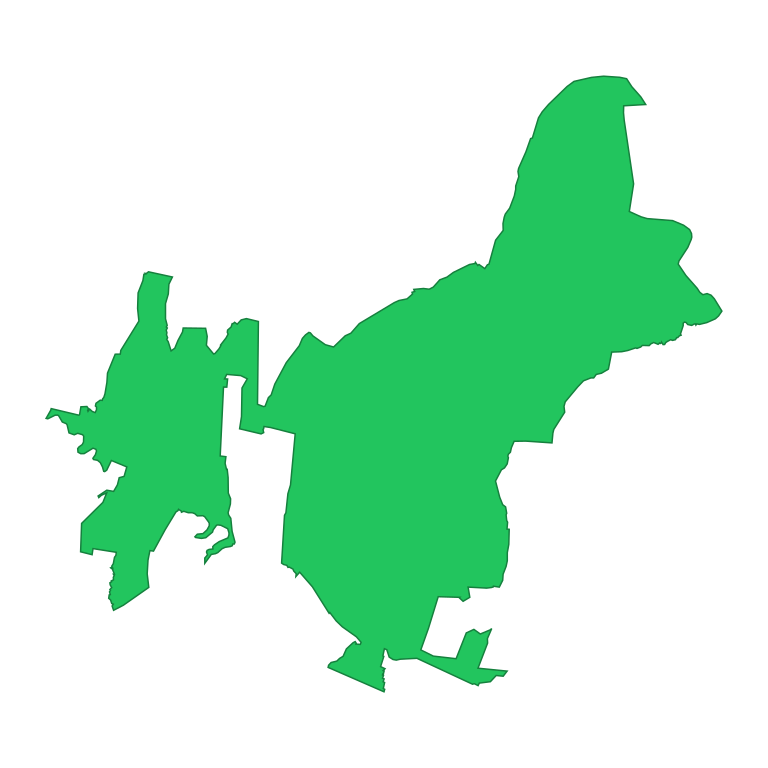 Temoaya, México, Mexico
{"feature_id": "50627088B51364435398439", "entity_name": "Temoaya", "entity_type": "district", "adm_level": 2, "iso_a3": "MEX", "parent_name": "Mexico", "parent_adm1": "México", "projection": "natural_earth1", "projection_center": [-99.618, 19.489], "detail": "fine", "context": "isolated", "style": "filled", "palette": "green", "viewbox_px": 768, "rotation_deg": 0, "n_neighbors": 0, "source": "geoboundaries", "source_scale": "gbopen_adm2", "svg_char_len": 6075}
<svg xmlns="http://www.w3.org/2000/svg" viewBox="0 0 768 768"><path d="M113.6,610.3L123.4,605.2L148.8,587.4L147.2,573.8L148.0,560.2L149.9,550.6L153.5,551.1L165.1,529.8L175.9,512.0L178.0,510.6L178.5,509.3L181.4,511.2L181.5,512.2L183.8,511.3L188.2,512.7L192.2,512.7L194.7,513.6L197.3,515.9L202.9,515.7L204.7,516.7L208.6,522.0L209.3,523.4L209.2,525.9L207.0,529.9L203.0,533.6L197.3,534.2L194.9,536.8L195.6,537.5L201.4,538.4L205.8,537.7L212.5,532.1L213.2,529.8L216.5,525.3L217.7,524.9L220.9,525.3L227.7,528.7L229.0,532.9L228.9,535.2L227.9,537.9L219.2,541.6L214.5,544.8L212.8,546.6L212.9,549.0L209.1,549.4L207.1,550.4L206.5,552.0L207.5,554.9L204.8,558.0L204.8,563.3L211.3,554.4L215.4,553.7L217.8,552.6L222.1,548.7L225.2,547.3L230.5,546.5L232.3,545.7L232.8,544.0L234.3,544.0L235.0,542.2L232.1,531.3L230.8,518.3L228.7,515.1L228.1,512.7L230.4,504.0L230.6,498.8L228.3,493.1L228.1,477.5L227.2,469.3L226.5,469.4L225.1,463.3L225.9,456.7L220.2,456.0L223.5,387.1L226.8,387.1L227.6,379.0L224.5,378.9L226.7,374.4L240.8,375.6L247.3,378.8L242.0,388.0L241.5,416.6L239.6,428.8L261.1,433.9L263.7,432.6L263.0,429.4L263.6,428.9L264.0,426.5L270.5,427.5L295.2,433.8L290.5,485.0L287.9,493.7L285.9,512.8L284.5,515.3L281.6,563.1L283.6,564.5L286.8,565.3L288.0,567.4L289.2,567.1L293.0,569.1L293.7,571.0L296.2,573.7L295.9,576.5L299.7,572.2L312.4,586.8L329.1,613.3L329.8,612.5L336.2,620.9L342.3,626.8L356.4,636.8L361.1,642.3L360.3,644.4L355.9,644.1L356.2,643.2L355.2,641.6L353.1,642.7L346.4,648.9L343.1,656.3L339.6,658.4L336.8,661.1L331.1,662.5L328.6,665.2L328.1,667.4L384.0,691.8L384.7,689.3L383.3,688.5L384.6,682.5L383.1,681.8L384.1,678.9L382.5,678.2L383.5,675.4L382.5,675.1L382.7,674.1L383.3,674.3L384.1,671.0L383.1,670.6L385.0,668.7L380.6,666.6L383.8,656.4L382.9,655.9L384.4,648.7L386.8,649.7L389.2,657.1L393.0,659.5L396.3,660.1L400.3,659.2L416.9,658.3L472.5,684.2L474.3,683.7L478.1,685.6L479.3,683.1L490.4,681.7L496.2,675.5L503.2,676.2L507.1,671.1L478.0,668.2L487.6,643.1L487.4,638.6L491.7,628.6L490.1,629.9L480.3,634.0L473.9,629.4L466.3,632.9L456.1,658.7L433.3,656.1L420.8,649.9L428.5,628.2L438.2,596.7L459.5,597.3L459.1,597.6L463.1,601.3L469.8,597.3L468.1,587.1L486.6,588.1L491.5,587.5L493.3,586.9L493.4,586.2L499.3,587.1L502.7,580.3L503.1,574.2L506.1,566.4L507.3,560.7L507.3,552.6L508.8,544.4L509.2,529.3L507.0,529.1L507.6,522.2L506.7,520.5L506.1,514.8L506.7,513.3L505.6,506.9L502.7,504.7L499.7,497.2L495.5,481.0L501.4,469.8L504.5,467.9L507.2,463.9L508.4,457.7L507.8,456.1L508.4,454.2L510.4,452.2L511.4,447.7L514.1,441.3L525.6,441.1L552.0,442.9L552.9,433.1L553.8,429.4L564.7,412.2L564.0,406.4L565.2,401.9L577.7,386.9L583.5,380.8L590.9,377.9L593.7,377.9L596.3,374.4L601.5,373.2L608.4,369.1L611.7,352.1L621.8,351.7L627.8,350.5L635.6,347.9L637.0,348.4L640.7,347.0L642.4,345.4L649.2,345.6L650.8,343.9L653.7,342.5L658.1,344.3L659.7,342.9L660.2,343.5L661.5,342.9L661.6,342.3L663.1,344.6L664.6,344.5L665.8,342.5L667.5,341.4L670.7,339.7L672.5,340.4L675.4,339.7L676.7,337.6L677.7,337.6L679.4,335.8L681.1,335.2L680.5,333.9L683.2,325.6L683.2,323.1L684.5,322.1L686.1,322.5L687.7,324.5L691.7,325.4L694.3,324.0L695.4,323.9L695.9,325.1L696.7,323.9L699.4,324.4L706.8,322.6L715.4,318.8L718.6,315.9L721.9,311.1L714.4,298.9L711.1,295.2L707.1,293.6L702.9,294.7L699.8,292.3L697.1,288.2L685.9,275.5L678.2,264.1L679.0,260.9L687.8,247.4L691.2,239.5L691.8,237.1L691.5,233.5L689.6,229.6L683.6,225.2L672.6,220.6L647.2,218.6L641.0,216.8L629.3,211.5L633.6,183.9L624.2,120.2L623.5,112.7L623.7,105.8L645.7,104.5L640.9,97.0L631.8,86.7L626.6,78.7L619.8,77.3L603.6,76.2L591.5,77.4L574.0,81.4L567.1,86.5L548.6,104.4L542.3,111.7L538.5,117.8L532.4,138.0L530.6,138.6L525.9,151.9L518.6,168.4L518.0,171.5L518.8,176.6L515.7,186.0L515.7,189.4L514.3,196.0L509.7,208.1L505.3,214.1L504.2,217.3L503.0,223.6L503.2,230.4L495.6,240.2L489.0,264.1L487.4,264.8L484.8,268.6L479.0,264.5L477.8,265.5L475.4,262.3L475.0,263.5L469.5,264.5L453.4,272.4L447.0,277.1L439.8,279.8L433.3,287.1L429.2,289.2L423.5,288.5L413.8,289.4L414.7,291.5L412.0,292.3L412.5,294.1L407.0,298.9L399.0,300.5L394.3,302.6L359.3,323.6L350.9,333.2L345.2,335.8L333.6,347.0L325.3,344.7L312.9,335.9L310.4,332.9L308.9,332.4L305.5,334.9L302.4,338.4L299.3,345.7L286.3,362.6L274.8,384.1L271.2,394.9L268.4,397.6L265.1,406.2L263.6,406.6L257.5,404.3L258.4,321.5L246.4,318.6L241.2,319.9L237.2,324.2L234.6,322.3L233.2,323.6L232.2,323.6L231.1,327.0L227.6,330.1L227.3,332.3L228.1,334.1L226.0,338.0L220.5,345.1L220.9,345.6L219.0,348.8L215.0,353.5L213.6,354.0L206.4,345.3L207.2,336.4L205.6,328.3L183.2,328.0L182.5,332.0L178.0,340.4L174.8,348.2L171.1,350.9L168.2,341.7L166.7,339.3L167.6,337.8L166.5,334.8L166.9,332.7L166.2,330.1L167.3,328.0L166.3,327.0L167.2,325.4L165.5,318.8L165.5,303.6L168.3,294.0L168.9,284.2L172.4,277.0L148.5,271.8L146.3,273.5L145.4,273.4L145.8,273.9L143.9,274.3L142.9,280.6L138.1,292.9L137.6,308.5L138.9,321.1L120.8,350.4L120.3,354.1L115.2,354.2L107.5,373.1L106.9,382.4L105.0,393.7L103.8,397.4L102.6,398.9L102.3,400.4L100.2,400.2L96.0,403.3L95.4,406.0L96.5,407.0L96.5,409.7L95.2,412.6L92.3,411.5L89.7,409.1L88.0,411.4L87.6,410.4L88.5,408.7L86.9,406.5L80.9,406.8L79.6,414.5L78.9,415.2L51.2,408.6L50.7,410.3L46.1,418.4L47.8,418.8L55.1,415.2L57.7,415.1L58.7,415.8L62.3,422.0L66.3,423.7L67.1,424.8L69.0,432.9L74.2,434.8L77.7,433.3L82.6,434.7L83.7,436.2L83.5,442.1L82.2,444.6L79.0,446.9L77.7,448.6L78.0,452.2L80.8,453.7L84.2,453.6L93.0,448.2L95.9,449.3L96.5,451.0L95.4,454.7L92.9,458.3L93.5,459.5L97.5,460.3L100.3,462.6L102.5,467.0L103.7,471.3L104.7,471.6L106.7,470.2L111.4,460.5L126.8,466.9L124.1,476.4L119.2,477.7L117.4,484.9L113.6,491.4L106.8,490.2L98.1,496.0L98.8,497.6L101.4,495.3L106.7,492.9L102.9,502.4L81.6,523.4L80.6,551.8L92.1,554.7L93.0,548.6L116.3,552.3L115.9,555.4L114.5,557.3L113.3,563.7L111.8,566.1L112.1,567.2L110.7,567.8L111.7,568.7L112.8,568.4L112.7,569.9L114.4,574.1L113.4,574.2L114.2,575.4L113.3,577.4L113.5,579.8L111.3,580.9L111.6,581.7L109.9,582.8L110.2,584.9L111.7,587.6L109.9,589.5L110.5,590.3L109.5,591.9L110.3,594.6L109.2,594.9L108.7,598.3L110.6,600.0L111.7,603.5L113.3,604.2L112.1,606.0L113.6,610.3Z" fill="#22c55e" stroke="#15803d" stroke-width="1.5"/></svg>